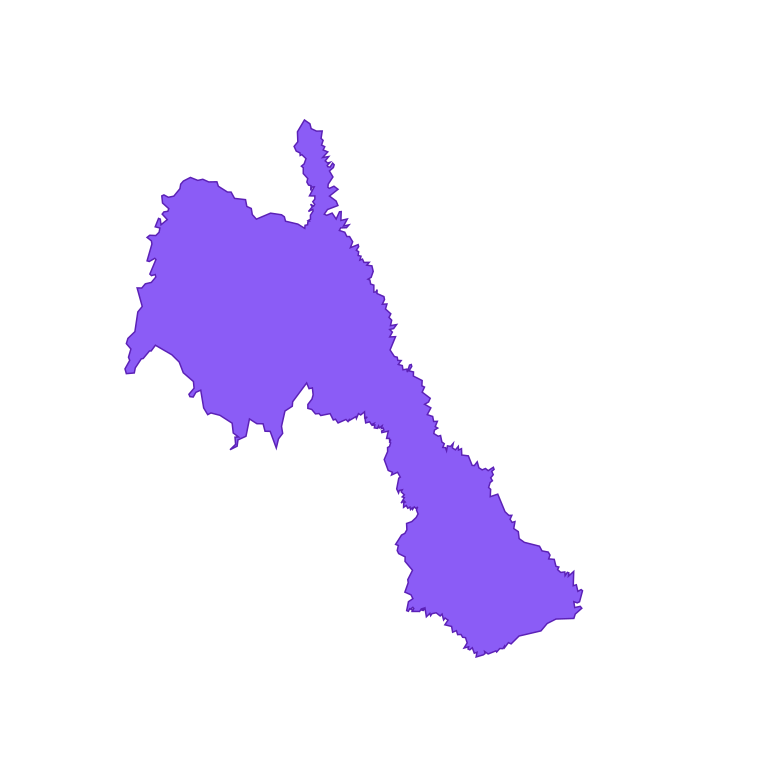 the district of San Luis De Palenque, Casanare, Colombia, rotated 34°
{"feature_id": "7082276B9336355262277", "entity_name": "San Luis De Palenque", "entity_type": "district", "adm_level": 2, "iso_a3": "COL", "parent_name": "Colombia", "parent_adm1": "Casanare", "projection": "equal_earth", "projection_center": [-71.555, 5.277], "detail": "fine", "context": "isolated", "style": "filled", "palette": "violet", "viewbox_px": 768, "rotation_deg": 34, "n_neighbors": 0, "source": "geoboundaries", "source_scale": "gbopen_adm2", "svg_char_len": 6167}
<svg xmlns="http://www.w3.org/2000/svg" viewBox="0 0 768 768"><g transform="rotate(34 384 384)"><path d="M105.6,336.2L104.7,345.8L100.8,349.8L95.8,350.3L94.6,352.3L99.2,357.8L107.5,359.0L108.2,361.7L105.3,364.4L105.1,367.2L112.4,368.9L110.1,376.7L106.3,372.4L104.5,372.8L106.4,381.6L111.0,380.0L112.7,384.0L111.8,388.5L106.6,391.7L105.6,395.0L111.1,395.4L113.3,397.7L118.7,414.4L120.9,413.7L123.7,408.0L125.3,408.3L128.4,423.8L130.6,424.2L133.1,421.2L135.0,422.9L134.3,429.9L130.1,434.4L129.5,439.9L125.6,442.4L140.2,454.9L139.6,461.9L148.2,479.9L146.2,489.4L147.8,494.6L154.6,496.5L157.2,504.7L160.0,506.6L160.8,516.3L164.6,519.5L170.8,514.5L168.8,509.7L168.7,498.9L170.1,497.5L171.1,487.7L172.5,486.8L172.8,479.7L191.8,478.4L201.9,480.3L211.3,486.9L224.6,488.5L228.9,493.7L228.0,501.6L230.2,503.0L233.1,501.5L232.7,496.1L235.5,491.6L247.9,504.7L255.0,508.0L256.7,504.8L265.5,501.7L280.0,501.4L286.4,508.9L293.0,509.3L290.2,511.4L294.7,517.0L293.1,524.6L297.0,517.7L294.2,512.0L298.8,504.5L292.0,488.2L300.8,488.0L306.0,484.6L311.8,489.7L316.1,486.9L330.5,497.3L327.2,488.5L327.6,481.6L322.7,476.4L317.0,461.8L320.4,453.7L318.2,449.8L319.3,426.4L324.5,429.8L326.8,427.3L331.3,432.6L332.7,436.8L332.3,443.5L334.5,446.8L338.3,445.5L343.9,447.1L346.7,444.8L349.2,445.5L355.9,438.7L362.1,442.2L363.5,440.3L367.7,442.0L372.3,434.7L375.2,435.3L375.1,432.0L375.6,433.8L379.0,426.7L380.4,428.0L379.4,422.8L382.0,422.7L383.4,418.0L386.9,422.8L388.6,420.7L387.8,423.5L390.6,426.5L393.3,423.4L396.3,424.7L397.7,422.4L397.7,424.5L399.3,423.1L400.5,425.8L403.3,424.5L402.9,421.8L404.6,423.1L405.8,419.7L406.7,422.5L408.0,421.0L409.6,422.2L408.3,424.3L409.4,425.5L413.9,420.7L416.6,427.7L418.9,426.1L420.3,427.8L420.7,426.2L421.2,429.1L422.4,429.1L423.5,432.7L422.5,434.7L424.8,438.0L426.4,446.5L435.8,453.3L440.3,452.5L441.1,455.3L444.6,449.6L449.6,452.1L448.9,453.8L453.2,463.9L457.0,466.2L456.2,463.7L458.3,461.5L458.5,463.8L462.8,464.5L462.2,467.4L464.4,466.8L464.8,473.2L465.6,469.7L467.6,470.0L466.7,471.4L469.2,475.3L470.4,472.3L473.2,473.7L474.4,471.5L476.2,473.3L476.6,471.1L477.8,472.0L477.8,469.0L480.3,469.3L480.6,467.0L481.4,470.3L484.9,472.7L485.3,476.7L484.0,482.5L480.7,487.0L484.5,492.1L484.8,496.2L483.0,499.4L483.3,510.5L486.2,509.9L488.1,514.7L491.0,516.4L498.2,515.5L500.6,519.3L511.8,522.5L513.1,532.9L515.2,535.2L517.7,544.9L524.3,543.7L528.0,545.8L526.0,550.8L529.5,559.2L531.3,558.8L531.0,555.9L533.5,555.7L532.2,554.8L532.8,553.0L534.3,553.5L534.5,556.8L540.7,552.7L540.7,549.6L542.1,547.9L542.2,550.2L543.2,549.8L543.4,547.0L549.3,553.3L550.3,548.5L552.2,550.0L552.2,547.6L555.2,544.5L560.3,544.9L560.8,542.3L565.4,546.3L565.5,543.9L569.1,543.9L569.1,549.6L575.6,547.2L579.7,551.4L582.0,548.0L585.2,550.6L587.9,548.6L590.8,550.0L593.4,548.7L597.7,552.1L598.0,558.1L601.1,554.6L601.8,556.7L603.8,556.4L604.7,553.3L609.4,556.7L611.1,554.4L613.0,558.8L617.8,553.0L618.5,551.0L617.0,549.5L621.3,549.6L626.0,542.7L627.3,543.2L627.9,538.6L630.6,536.9L630.5,534.1L631.4,535.1L631.8,528.8L634.7,528.4L636.9,517.4L652.2,500.9L653.2,491.3L658.0,482.7L672.5,472.2L671.2,467.8L673.4,459.3L671.0,458.6L667.1,462.7L663.1,458.3L666.6,457.4L667.9,455.2L664.2,444.4L662.4,444.2L660.7,447.5L655.7,442.9L653.7,445.4L646.1,433.3L644.4,440.2L642.9,437.2L641.3,437.6L641.3,441.6L639.0,438.7L635.9,441.4L631.7,440.8L631.3,438.0L628.5,439.0L623.2,434.2L618.3,436.9L617.3,433.0L614.1,431.5L608.3,434.0L603.6,431.5L588.9,436.8L582.5,436.6L577.9,431.3L572.4,431.3L569.5,424.8L567.6,427.1L564.2,425.7L563.4,421.4L561.0,423.1L555.7,422.2L539.9,411.7L535.1,418.0L531.3,411.7L528.6,411.3L527.1,406.3L528.0,403.6L524.9,402.1L525.3,398.1L522.2,396.2L523.0,393.2L521.2,391.9L518.8,397.6L515.4,397.3L513.4,400.3L509.5,400.4L504.8,396.4L504.5,401.1L502.6,402.2L494.1,396.4L488.2,399.4L484.4,394.3L482.7,397.1L480.5,394.2L480.0,398.7L476.3,398.7L474.6,394.5L474.1,398.5L471.2,399.8L473.2,404.4L470.5,402.4L468.2,403.7L467.4,399.8L464.4,399.7L459.7,395.1L458.1,397.0L453.0,397.2L451.6,394.0L453.2,390.5L450.3,390.7L449.1,385.1L446.1,387.3L442.5,383.7L437.0,385.2L436.2,377.6L429.0,378.1L431.0,374.0L430.3,370.0L420.2,369.4L419.3,363.9L416.4,364.3L413.7,359.8L403.9,361.0L401.7,357.5L397.4,359.1L397.2,353.9L395.7,352.6L394.6,354.0L396.7,361.1L394.6,358.9L391.8,361.6L388.9,358.5L384.9,359.8L385.1,355.0L382.2,356.7L380.0,354.4L377.2,355.4L370.0,352.4L367.1,338.3L362.4,341.8L361.9,336.3L358.2,335.6L361.0,332.7L361.2,327.7L356.7,332.0L354.7,326.8L350.9,326.0L350.4,322.0L343.3,321.0L341.7,316.0L338.0,318.8L337.2,313.7L335.1,311.6L327.6,312.9L325.5,309.6L325.8,312.2L324.2,313.5L320.3,307.7L317.0,308.6L314.2,305.7L312.1,306.1L313.7,302.8L312.1,296.7L307.9,292.8L303.3,295.1L303.7,291.4L299.4,294.4L296.3,292.5L294.7,294.8L293.5,290.9L290.7,291.9L289.0,288.5L286.3,288.6L286.2,284.3L284.6,282.9L279.9,289.8L278.5,283.6L273.0,281.0L270.7,282.5L266.6,280.1L261.1,281.7L260.8,278.8L265.5,275.4L266.0,271.6L262.1,275.6L261.3,267.7L256.8,272.5L252.1,265.0L250.8,266.1L252.1,274.0L245.4,271.3L242.2,276.2L239.5,276.6L239.6,270.9L246.0,261.8L242.0,259.1L233.7,258.7L237.0,248.3L231.9,248.0L229.3,252.4L227.5,252.3L226.0,249.5L225.9,240.9L219.6,237.9L221.0,232.9L220.1,230.1L217.9,229.6L218.0,234.4L215.8,235.3L214.7,234.5L215.4,230.3L213.7,232.3L210.5,231.9L211.0,226.3L206.5,230.5L207.6,223.0L202.7,224.0L202.2,220.4L198.6,220.8L197.3,216.1L194.5,215.6L191.3,208.8L186.6,212.1L180.8,213.0L177.1,209.7L170.4,209.6L171.2,223.3L177.1,231.4L176.6,237.3L181.0,240.0L185.2,239.4L186.7,241.4L187.6,239.8L193.3,240.8L194.7,246.2L193.7,249.6L196.1,249.8L199.4,254.7L205.9,256.3L207.1,259.7L210.2,261.3L212.5,260.4L215.0,264.5L214.0,261.1L215.9,259.6L217.0,269.7L221.5,266.8L223.3,269.4L223.0,272.7L226.1,273.8L226.2,275.9L222.6,276.0L225.5,277.3L224.9,283.2L227.3,279.1L228.5,280.3L228.6,285.2L230.9,288.5L229.7,291.0L231.0,290.8L230.2,292.1L231.6,294.7L229.8,296.6L231.3,299.3L223.2,299.6L211.3,304.1L207.9,301.1L204.4,301.0L194.4,305.8L186.0,318.7L180.1,317.2L175.8,312.7L171.0,313.5L166.1,308.6L156.3,313.7L149.9,310.4L146.9,312.4L136.1,312.7L132.4,309.8L125.7,314.5L119.3,315.6L115.8,319.3L108.0,321.0L104.2,327.9L103.7,332.0L105.6,336.2Z" fill="#8b5cf6" stroke="#5b21b6" stroke-width="1.5"/></g></svg>